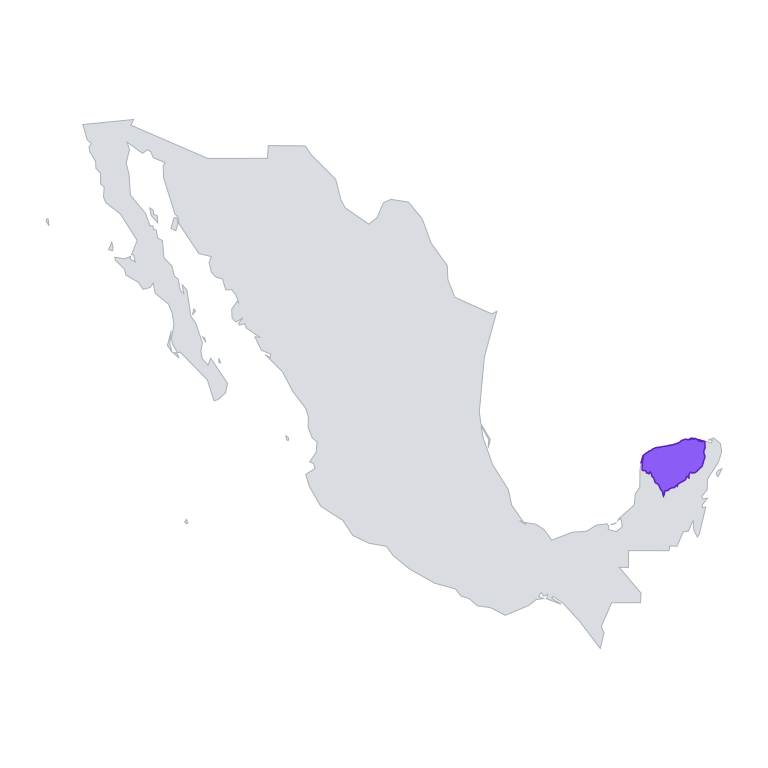 location of Yucatán within Mexico
{"feature_id": "MEX-2737", "entity_name": "Yucatán", "entity_type": "State", "adm_level": 1, "iso_a3": "MEX", "parent_name": "Mexico", "parent_adm1": "", "projection": "equal_earth", "projection_center": [-88.855, 20.634], "detail": "fine", "context": "in_parent", "style": "filled", "palette": "violet", "viewbox_px": 768, "rotation_deg": 0, "n_neighbors": 0, "source": "natural_earth", "source_scale": "10m", "svg_char_len": 6254}
<svg xmlns="http://www.w3.org/2000/svg" viewBox="0 0 768 768"><path d="M82.8,124.5L133.7,119.5L130.8,125.2L207.7,158.4L267.4,158.3L268.3,145.6L305.3,145.9L311.2,154.8L335.7,179.3L340.9,199.9L345.2,207.8L368.7,224.1L376.8,218.0L383.4,202.8L390.9,199.4L408.4,202.1L422.3,219.0L431.2,243.3L447.3,265.6L447.9,279.7L454.9,297.3L491.8,313.9L496.8,311.3L484.4,356.9L479.3,411.8L480.8,423.7L490.3,439.6L488.1,448.2L488.8,439.5L481.0,426.0L483.3,438.4L492.6,464.6L508.3,489.6L511.7,505.2L522.8,521.2L519.6,520.8L526.1,524.6L524.0,522.3L535.9,524.3L544.3,529.8L551.7,540.2L571.9,532.3L586.7,531.2L596.5,525.1L606.9,523.8L608.9,526.2L608.2,529.4L616.6,531.6L622.3,526.6L620.9,518.4L618.1,520.4L618.8,518.7L634.3,505.0L635.3,493.8L639.8,487.3L640.0,469.3L643.0,455.9L654.7,448.1L675.4,444.0L684.4,439.4L694.5,438.4L711.1,443.0L712.5,440.1L708.1,440.0L713.8,437.9L720.5,443.8L721.7,451.8L718.3,462.5L707.5,478.9L707.1,489.9L701.7,496.5L702.6,499.0L707.5,498.1L702.3,504.9L702.4,507.8L705.8,506.9L699.2,534.5L697.4,537.0L694.0,530.7L693.2,520.3L688.3,531.1L683.2,531.9L677.0,546.2L669.7,546.0L669.1,550.7L628.6,550.6L628.4,567.4L619.2,567.3L641.1,593.2L640.4,602.7L611.7,602.8L601.2,626.6L604.0,632.6L600.3,648.5L579.7,621.4L563.2,603.3L553.0,596.4L551.8,598.1L561.2,604.3L546.6,598.8L547.6,594.5L543.7,596.3L541.3,592.4L538.6,596.6L543.5,598.6L536.1,599.6L528.6,605.6L505.2,615.3L490.3,607.6L477.6,605.9L469.2,598.7L460.7,595.8L455.5,588.9L434.9,583.3L409.5,569.0L393.1,555.5L386.3,546.3L369.1,543.3L352.8,535.5L342.9,520.5L320.7,506.2L309.4,486.5L305.7,474.4L314.9,468.6L313.6,463.5L309.6,461.9L316.0,452.7L317.1,441.8L312.3,438.0L308.0,427.1L308.5,417.2L305.7,408.4L293.0,391.7L282.4,371.7L265.2,354.5L270.2,357.8L270.7,354.0L261.4,350.3L254.9,336.8L259.9,337.2L246.4,328.1L244.7,323.6L239.4,325.2L238.6,323.2L242.9,317.9L235.9,322.0L232.1,318.1L231.7,309.3L237.1,301.4L238.8,302.9L235.8,294.8L231.7,289.7L225.8,289.9L222.5,279.1L215.4,276.7L211.4,272.1L209.1,262.6L211.4,256.6L198.9,253.6L178.9,223.6L178.1,216.5L175.0,214.3L163.5,177.4L163.2,166.2L165.0,162.5L153.3,157.8L150.9,151.8L147.2,149.8L142.6,153.3L127.1,142.2L129.5,149.3L126.2,163.1L129.0,174.1L130.4,195.1L145.7,213.7L150.1,226.2L152.7,225.7L153.7,229.5L156.1,229.9L157.8,238.1L162.4,240.6L164.0,257.7L172.1,266.3L174.3,276.0L178.2,279.1L180.4,290.6L183.7,293.4L182.2,284.8L186.8,289.8L191.0,316.3L196.1,323.9L202.4,343.0L200.9,351.1L202.1,358.3L208.0,365.3L210.7,358.2L227.6,383.4L225.5,392.8L218.0,399.7L213.9,400.6L207.3,379.8L180.2,352.1L177.6,352.5L172.3,343.8L171.5,337.9L173.9,325.0L172.2,312.7L168.4,304.0L155.3,293.4L153.1,282.9L150.3,287.4L143.1,289.4L138.4,282.3L126.0,275.1L124.4,269.0L115.4,260.2L114.7,257.2L124.6,258.9L130.6,256.3L130.3,259.1L135.1,262.0L133.7,255.0L131.5,254.6L137.2,240.5L120.5,214.1L105.8,202.7L103.5,196.9L104.2,187.2L100.7,184.0L100.4,173.0L95.9,168.3L95.7,161.8L89.8,151.6L89.0,146.9L91.5,143.6L87.1,139.5L82.8,124.5ZM177.9,224.0L175.8,230.7L171.0,228.5L173.7,218.3L176.7,217.3L177.9,224.0ZM157.7,222.7L151.1,215.4L149.8,207.9L153.2,210.3L153.7,214.5L157.3,215.6L157.7,222.7ZM718.1,476.8L716.3,474.5L717.2,471.3L721.9,468.6L718.1,476.8ZM172.1,352.4L167.4,345.3L171.3,330.9L169.7,343.8L172.1,352.4ZM112.4,250.7L108.6,249.7L111.8,242.2L113.1,247.8L112.4,250.7ZM49.0,225.8L46.1,220.9L47.0,218.8L48.1,218.9L49.0,225.8ZM176.4,352.6L179.2,358.2L173.0,352.7L176.4,352.6ZM288.8,438.2L288.1,440.6L286.5,439.7L285.9,435.7L288.8,438.2ZM204.7,337.9L205.7,342.3L202.5,336.8L204.7,337.9ZM193.8,309.0L195.6,310.9L192.5,314.9L193.8,309.0ZM187.9,523.1L186.5,523.7L184.6,521.9L186.4,519.5L187.9,523.1ZM614.0,524.0L610.4,525.0L616.6,522.5L614.0,524.0ZM220.6,362.9L218.8,362.4L218.8,358.2L220.6,362.9Z" fill="#d9dde1" stroke="#a8b0b8" stroke-width="1"/><path d="M642.3,461.4L642.7,459.7L643.2,458.0L643.3,457.0L643.1,457.0L642.8,458.6L642.4,459.7L642.4,460.0L642.2,460.7L642.0,461.5L641.5,462.2L641.0,462.5L641.0,462.3L641.4,461.5L642.8,456.2L643.0,455.7L643.4,455.3L645.9,453.3L646.4,452.9L647.8,452.2L648.6,451.4L649.0,451.1L649.3,451.0L650.0,450.9L651.1,450.4L652.5,449.1L652.9,448.9L653.2,448.9L655.5,447.8L657.8,447.3L659.6,447.3L662.6,446.6L666.8,446.1L668.6,445.4L669.5,445.3L670.0,445.5L670.5,445.5L670.9,445.2L671.1,445.1L672.9,444.7L674.4,444.2L675.4,444.0L675.8,443.9L676.6,443.5L679.2,442.7L680.0,442.1L681.4,440.5L681.8,440.3L683.2,440.1L683.6,439.9L684.4,439.4L684.8,439.3L686.5,439.3L686.9,439.4L687.7,439.8L688.1,439.9L688.4,439.8L689.2,439.5L690.4,439.4L690.8,439.2L691.1,439.0L691.4,438.8L692.8,438.9L692.4,438.6L691.8,438.5L691.3,438.5L690.6,439.0L689.7,439.3L689.6,439.1L690.0,438.7L690.5,438.5L691.1,438.4L691.6,438.1L691.8,438.1L692.1,438.1L693.1,438.5L695.0,438.5L695.5,438.5L696.8,439.3L697.8,439.6L699.7,439.9L701.0,440.4L701.1,440.5L700.9,440.7L700.7,440.8L700.4,440.8L700.1,440.8L699.9,440.6L699.6,440.4L698.1,440.1L697.6,439.9L698.1,440.4L698.8,440.9L699.5,441.2L700.2,441.3L701.7,441.3L702.4,441.5L702.8,441.5L703.2,441.3L702.2,441.2L701.8,441.1L701.4,440.8L701.5,440.6L703.0,440.9L704.2,441.4L704.8,441.5L704.8,441.9L705.1,447.4L705.0,448.4L704.1,450.0L703.8,451.8L703.8,452.9L704.8,455.7L704.9,457.5L703.6,460.9L703.5,461.9L703.3,462.8L702.8,463.8L702.6,464.8L701.9,466.6L700.5,467.6L699.4,468.8L698.6,469.4L696.8,471.4L695.0,472.7L694.4,472.9L693.1,472.8L692.4,473.1L691.8,472.8L691.2,472.2L690.4,472.4L689.9,473.0L689.5,473.8L689.1,474.7L688.7,475.6L689.0,476.9L689.0,478.0L688.5,477.9L688.2,477.1L687.8,476.4L687.1,476.3L686.5,476.9L685.9,478.8L684.9,480.3L683.6,480.7L682.5,481.7L681.2,482.0L680.5,482.5L679.8,483.0L679.1,483.4L677.8,484.5L677.3,485.2L677.5,485.8L677.3,486.3L676.8,485.7L676.2,485.4L674.9,487.0L674.7,487.3L674.3,487.5L673.9,487.7L671.5,487.8L670.8,488.4L669.4,488.9L668.8,489.7L668.2,490.4L665.9,490.8L665.1,490.8L664.6,491.1L664.6,492.1L664.5,493.0L664.3,494.0L664.0,495.1L663.5,496.1L662.9,494.5L662.7,492.4L661.6,490.6L660.4,489.0L658.8,485.2L657.5,483.9L656.0,483.2L654.8,481.7L654.3,479.6L653.5,477.8L652.3,476.7L651.9,476.2L651.5,475.0L651.5,474.3L651.2,473.5L650.3,471.9L649.7,472.4L649.3,473.6L648.6,473.7L648.2,473.2L647.8,472.8L647.4,472.9L647.0,473.2L646.4,472.6L646.1,471.5L645.5,470.7L644.6,470.5L643.5,470.6L642.5,470.4L642.1,469.6L642.4,462.3L642.3,461.4Z" fill="#8b5cf6" stroke="#5b21b6" stroke-width="1.5"/></svg>